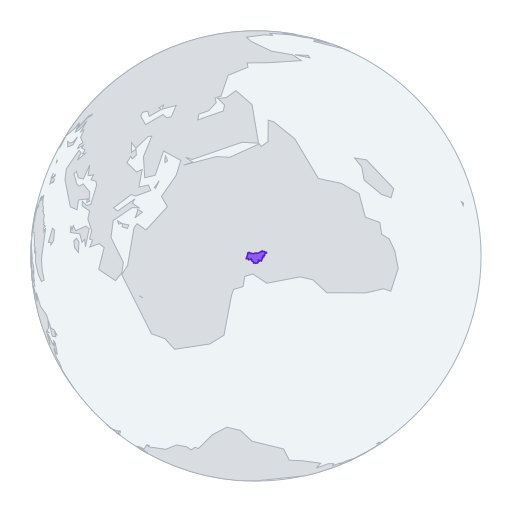 Est on an orthographic globe, rotated 290°
{"feature_id": "CMR-1481", "entity_name": "Est", "entity_type": "Province", "adm_level": 1, "iso_a3": "CMR", "parent_name": "Cameroon", "parent_adm1": "", "projection": "orthographic", "projection_center": [14.383, 3.885], "detail": "fine", "context": "on_globe", "style": "filled", "palette": "violet", "viewbox_px": 512, "rotation_deg": 290, "n_neighbors": 0, "source": "natural_earth", "source_scale": "10m", "svg_char_len": 9656}
<svg xmlns="http://www.w3.org/2000/svg" viewBox="0 0 512 512"><g transform="rotate(290 256 256)"><circle cx="256" cy="256" r="225" fill="#eef3f6" stroke="#a8b0b8"/><path d="M177.6,44.8L179.7,44.0L174.4,46.1L168.8,48.3L168.0,48.6L177.6,44.8ZM117.4,78.4L115.3,80.1L119.2,77.1L126.1,72.0L131.8,68.4L139.5,63.3L142.9,61.4L151.4,56.7L151.8,57.0L147.6,60.1L140.5,64.3L138.5,66.1L146.6,62.1L134.7,70.9L129.3,79.0L126.0,81.7L117.2,85.8L113.7,84.8L102.3,92.9L111.4,87.6L103.1,95.7L102.5,97.3L103.9,97.2L107.7,94.3L105.2,97.4L95.3,103.1L97.4,100.3L100.5,98.3L98.8,98.3L92.1,103.4L88.5,107.8L82.2,113.1L79.5,116.5L76.6,120.0L81.3,113.9L72.7,125.3L69.0,130.4L79.5,116.0L91.1,102.5L103.8,89.9L117.4,78.4ZM33.7,219.2L34.9,213.0L36.5,208.6L34.1,221.6L36.9,210.1L36.4,216.8L41.0,217.8L40.0,220.6L43.5,237.4L51.2,245.8L53.0,255.8L51.7,261.6L55.3,263.9L55.4,267.8L73.1,276.1L85.2,287.2L86.8,300.9L80.6,315.7L84.1,348.0L75.5,357.1L79.5,369.9L83.4,387.7L77.4,385.1L85.5,394.9L87.4,400.0L85.2,399.7L90.3,406.1L89.0,405.7L93.8,410.4L99.9,418.0L107.8,425.1L114.3,431.1L119.6,435.2L119.0,434.8L120.2,435.7L107.0,425.0L94.7,413.3L83.4,400.7L73.0,387.3L66.3,377.4L44.9,333.3L41.6,324.1L39.0,316.5L35.2,300.6L32.5,284.5L31.0,268.2L30.8,251.8L31.7,235.5L33.7,219.2ZM46.7,172.7L44.8,178.4L44.3,179.0L46.7,172.7ZM150.7,56.9L151.0,56.8L149.2,57.7L150.7,56.9ZM154.3,55.0L154.0,55.1L151.8,56.3L154.3,55.0ZM162.4,51.1L156.6,53.9L155.9,54.2L162.4,51.1ZM189.5,41.2L193.0,39.9L189.5,41.2ZM204.3,36.7L201.6,37.4L200.7,37.8L197.6,38.7L199.2,38.0L204.3,36.7ZM223.2,33.2L215.0,34.6L211.6,35.2L220.1,33.6L223.2,33.2ZM123.0,437.8L120.3,435.8L128.0,441.1L129.8,442.6L127.0,440.7L123.0,437.8ZM121.2,435.1L120.8,433.7L122.7,434.9L123.4,436.2L121.2,435.1ZM477.9,217.1L474.5,205.0L477.5,221.3L480.2,234.7L481.2,251.0L480.7,246.0L479.2,231.8L478.0,227.1L475.7,212.9L469.8,192.4L469.1,196.5L466.7,188.3L458.4,172.2L456.0,177.9L453.8,200.4L457.6,221.8L455.1,231.7L441.9,201.6L434.4,181.6L430.7,183.9L416.3,168.0L394.4,168.4L390.4,163.5L386.5,166.2L376.2,161.7L369.8,153.8L364.0,154.7L381.0,175.6L387.1,174.9L391.0,166.2L394.7,174.0L404.5,180.6L396.9,200.5L362.9,219.8L358.1,204.0L324.8,162.9L325.0,158.3L324.8,157.8L324.3,156.8L322.7,164.4L316.5,156.7L335.9,184.9L339.8,197.6L362.5,220.8L360.7,223.4L367.5,228.2L387.8,221.1L388.2,226.5L379.5,252.2L350.2,288.1L353.4,311.4L349.9,331.5L329.9,345.5L329.9,360.9L319.4,366.6L317.6,375.3L308.1,384.8L292.9,393.9L269.0,394.7L268.8,386.9L258.9,371.9L245.7,335.1L253.1,317.8L251.5,304.6L234.1,275.5L238.0,259.1L233.0,252.4L222.9,254.3L216.9,246.4L210.6,246.4L170.6,253.0L157.6,242.8L140.5,211.4L147.2,198.6L147.2,184.3L192.5,136.3L203.5,138.5L240.8,131.7L245.7,133.2L242.8,143.7L272.0,155.9L279.6,146.8L304.5,153.4L320.1,152.7L323.1,133.2L297.4,133.7L291.5,124.7L310.8,116.3L333.0,117.1L331.4,113.7L316.2,106.3L320.0,100.3L310.7,103.5L315.4,106.7L309.8,109.1L305.1,106.4L306.7,104.1L299.6,102.8L294.1,114.9L298.3,119.5L280.7,122.3L285.9,130.6L281.6,134.8L271.1,122.4L271.1,117.8L252.6,105.7L250.9,110.6L268.3,122.7L263.4,121.8L261.3,129.7L259.1,123.1L240.6,109.7L223.8,113.4L204.6,133.5L194.3,135.7L184.8,132.4L189.6,112.8L212.0,110.4L214.0,104.5L207.6,96.7L215.0,97.0L215.1,93.8L223.4,93.0L233.3,85.3L241.4,84.3L243.6,75.5L248.0,74.1L245.5,79.5L248.0,83.1L268.1,82.0L271.4,80.1L271.2,74.8L276.7,75.6L274.0,70.7L284.6,68.7L269.3,67.4L268.7,62.2L274.1,58.4L271.2,56.8L262.2,63.2L261.2,66.1L264.6,68.8L259.3,77.9L252.8,79.7L248.0,70.1L238.2,72.0L238.7,64.7L262.5,50.3L273.3,48.0L294.8,53.6L293.3,56.3L284.8,55.4L294.2,60.5L292.7,58.0L297.3,59.0L297.8,55.3L301.1,55.9L296.0,51.6L300.1,52.0L303.2,54.7L307.5,50.6L315.5,51.2L314.9,50.0L312.0,48.6L324.1,50.8L323.1,49.9L318.8,48.8L314.0,46.5L310.2,43.5L314.6,44.4L316.6,45.6L327.3,49.9L331.8,53.5L333.2,53.7L330.3,50.8L317.3,45.4L313.7,43.5L320.2,45.6L317.6,44.7L317.2,44.0L321.0,44.4L314.0,42.1L304.0,36.4L310.3,37.4L317.2,39.4L316.1,38.9L331.2,43.7L346.0,49.5L360.3,56.3L374.1,64.2L387.3,72.9L399.9,82.6L411.7,93.2L422.8,104.6L433.0,116.7L442.4,129.5L450.8,142.9L458.3,156.9L464.8,171.4L470.2,186.3L474.6,201.6L477.9,217.1ZM178.7,159.9L177.9,164.1L178.7,159.9ZM357.9,128.8L370.2,129.5L362.1,117.9L366.2,117.5L361.9,114.0L361.5,117.1L350.7,107.9L355.1,104.7L352.2,100.2L348.0,99.8L341.7,107.3L357.1,120.2L355.4,124.9L357.9,128.8ZM41.2,217.6L41.5,220.4L40.5,220.2L41.2,217.6ZM42.3,184.7L41.6,186.8L41.5,187.1L42.3,184.7ZM44.7,186.7L45.3,188.2L44.0,188.9L44.7,186.7ZM44.4,180.0L44.2,186.1L41.8,189.1L42.2,185.6L42.9,184.9L44.4,180.0ZM55.3,153.7L54.6,155.1L55.0,154.2L55.3,153.7ZM103.7,95.3L104.4,95.0L105.1,95.6L103.3,96.7L103.7,95.3ZM117.5,91.4L113.2,96.6L115.0,93.4L111.5,95.5L111.0,92.1L124.4,83.0L118.4,87.5L117.5,91.4ZM113.9,85.9L112.8,88.5L113.5,86.0L113.9,85.9ZM207.8,79.7L211.2,81.2L208.9,84.7L198.6,87.9L201.8,82.7L207.8,79.7ZM216.5,82.8L214.6,73.4L221.0,71.7L217.7,74.1L222.1,73.9L218.1,77.9L226.0,86.1L224.5,89.9L206.3,92.6L213.1,89.3L209.4,87.8L216.5,82.8ZM198.6,58.6L197.8,56.2L212.5,55.3L211.5,57.8L201.2,60.6L196.3,59.4L198.6,58.6ZM169.6,48.5L168.4,48.8L170.1,48.1L172.7,47.2L169.6,48.5ZM193.0,39.7L193.7,39.5L194.2,39.4L189.4,40.8L193.4,39.7L186.9,41.7L189.2,41.2L176.9,46.7L174.8,47.2L170.0,50.7L162.8,53.6L166.1,51.1L156.9,56.3L157.1,55.2L151.4,58.9L159.7,52.9L159.4,52.7L162.5,51.7L169.1,49.0L171.9,47.7L179.7,44.3L181.8,43.3L193.0,39.7ZM239.5,34.6L233.9,34.7L240.7,35.9L234.3,36.7L235.5,36.8L231.4,38.0L228.5,39.9L225.3,40.2L225.6,40.9L222.9,41.9L222.1,43.1L216.2,44.2L214.8,45.8L212.8,45.4L212.0,48.0L210.0,46.7L206.3,48.4L210.2,48.8L180.1,55.3L169.1,60.1L161.0,65.2L158.6,63.1L164.6,57.4L174.8,51.0L185.8,47.1L182.7,47.2L187.0,45.5L187.7,46.1L189.3,44.3L193.0,43.2L202.1,39.5L202.2,38.3L205.5,37.2L207.4,37.2L209.4,36.2L215.2,35.6L217.7,34.9L225.9,34.0L228.0,34.8L230.7,34.0L237.0,33.7L239.5,34.6ZM225.5,32.9L229.5,32.9L227.9,33.6L214.3,35.1L211.2,35.7L202.4,37.4L204.8,36.6L207.1,36.1L209.9,35.5L208.0,36.0L211.6,35.2L214.9,34.6L218.6,34.0L218.9,34.1L225.5,32.9ZM250.4,129.2L254.0,129.5L259.5,128.9L258.3,134.2L250.4,129.2ZM237.6,120.2L240.7,119.4L241.7,125.8L237.9,125.8L237.6,120.2ZM241.7,113.8L240.8,118.8L239.0,116.1L241.7,113.8ZM248.3,78.7L251.6,77.9L252.2,79.1L250.8,81.1L248.3,78.7ZM258.5,40.6L255.5,40.0L256.2,39.6L253.2,37.6L257.8,37.3L261.4,38.3L258.5,40.6ZM319.2,136.6L315.2,140.4L312.6,138.6L314.5,137.6L319.2,136.6ZM285.6,137.1L293.7,139.3L285.2,138.5L285.6,137.1ZM262.9,39.9L261.1,39.0L264.5,39.4L262.9,39.9ZM260.9,36.9L264.8,37.2L258.0,37.0L260.9,36.9ZM377.3,430.5L376.6,433.0L374.2,433.4L377.3,430.5ZM384.1,326.9L366.4,362.4L357.0,363.0L356.8,352.8L364.4,331.5L375.8,325.0L381.8,315.1L384.1,326.9ZM480.5,274.3L480.7,267.8L477.4,236.9L478.7,237.3L481.3,255.7L481.2,259.0L481.2,261.7L480.5,274.3ZM458.4,223.8L462.4,236.5L460.6,238.8L458.4,223.8ZM299.3,39.8L298.4,42.6L300.8,45.3L306.9,47.5L297.9,46.0L294.2,41.8L299.3,39.8ZM303.0,36.5L297.6,35.2L300.1,35.5L301.7,35.9L303.0,36.5ZM299.6,35.9L292.8,35.0L289.9,34.2L295.9,35.0L299.6,35.9ZM278.0,36.2L277.4,36.9L274.7,36.4L278.0,36.2Z" fill="#d9dde1" stroke="#a8b0b8" stroke-width="1"/><path d="M263.1,262.4L263.1,262.5L262.9,262.6L262.7,262.7L262.7,262.8L262.7,263.0L262.6,263.3L262.6,263.5L262.8,263.7L262.9,264.0L263.0,264.4L263.0,264.5L262.9,264.5L262.6,264.8L262.5,264.6L262.4,264.5L262.5,264.4L262.4,264.3L262.2,264.3L262.1,264.2L261.9,264.2L261.7,264.0L261.4,263.8L261.4,263.7L261.2,263.7L260.8,263.6L260.5,263.5L260.3,263.5L260.2,263.5L259.9,263.7L259.6,263.7L259.4,263.4L259.1,263.3L259.0,263.2L259.0,263.4L258.9,263.3L258.8,263.5L258.7,263.5L258.7,263.4L258.4,263.3L258.2,263.4L258.1,263.2L257.9,263.0L257.7,263.1L257.4,263.0L257.3,262.9L257.3,263.0L257.2,262.9L256.9,262.8L256.8,262.6L256.7,262.6L256.6,262.8L256.3,262.8L256.2,262.9L255.8,262.7L255.6,262.8L253.2,262.8L253.0,260.1L253.0,259.8L252.9,259.9L252.7,260.0L252.6,260.3L252.3,260.3L252.2,260.3L252.1,260.2L251.9,260.2L251.7,260.1L251.7,260.3L251.6,260.2L251.4,260.0L251.2,260.0L250.9,260.0L250.6,260.0L250.5,259.9L250.4,260.0L250.3,259.9L250.1,259.9L249.9,259.9L249.7,259.6L249.6,259.1L249.6,258.9L249.5,258.7L249.4,258.5L249.3,258.4L249.0,258.1L248.9,257.9L248.8,257.7L248.9,257.3L249.0,257.0L249.0,256.9L249.0,256.6L249.0,256.4L248.8,256.3L248.7,256.3L248.6,256.2L248.8,256.0L248.8,255.9L249.1,255.7L249.3,255.7L249.5,255.5L249.6,255.4L249.8,255.3L249.8,255.2L249.7,255.1L249.8,254.5L249.8,254.4L249.8,254.2L250.0,254.0L250.0,253.7L250.2,253.4L250.4,253.3L250.5,253.3L250.8,253.3L251.0,253.3L251.3,253.3L251.4,253.2L251.5,252.3L251.5,252.2L251.3,251.9L251.2,251.8L250.8,251.7L250.8,251.4L250.7,251.2L250.2,250.7L249.9,250.5L249.9,250.4L250.1,250.4L250.3,250.4L250.5,250.4L250.7,250.0L250.8,249.6L250.9,249.4L250.8,249.2L250.7,249.1L250.6,248.9L250.5,248.7L250.4,248.7L250.3,248.4L250.2,248.3L250.1,248.1L250.1,247.9L250.1,247.7L252.0,247.7L253.6,247.7L253.9,247.6L254.3,247.5L254.5,247.5L255.3,247.5L255.6,247.4L255.8,247.4L256.0,247.2L256.1,247.3L256.2,247.5L256.3,247.8L256.3,248.0L256.5,248.0L256.8,248.0L256.9,248.6L257.0,248.7L256.9,248.8L256.9,249.0L256.8,249.3L256.9,249.5L256.8,249.8L256.8,250.0L256.7,250.2L256.7,250.3L256.6,250.5L256.9,250.7L257.0,250.8L257.1,251.0L257.1,251.3L257.1,251.6L257.1,251.8L257.2,252.0L257.2,252.3L257.2,252.5L257.3,252.9L257.3,253.1L257.4,253.3L257.6,253.4L258.2,253.8L258.3,253.9L258.4,254.0L258.5,254.1L258.6,254.3L258.7,254.5L258.8,255.0L259.0,255.2L259.0,255.3L258.9,255.5L258.7,255.5L258.6,255.4L258.8,256.0L259.1,256.5L261.5,259.1L261.8,259.1L262.0,259.1L262.2,259.3L262.2,259.5L262.3,259.5L262.5,259.6L262.7,260.0L262.6,260.3L262.6,260.6L262.8,260.6L262.7,260.8L262.8,261.0L262.7,261.3L262.8,261.5L262.8,261.8L262.9,262.0L263.0,262.1L263.0,262.3L263.1,262.4Z" fill="#8b5cf6" stroke="#5b21b6" stroke-width="1.5"/></g></svg>